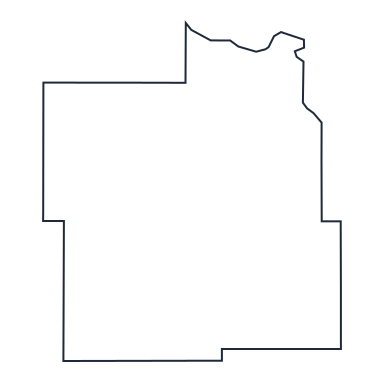 Dunn, North Dakota, United States of America (Equal Earth projection)
{"feature_id": "52423323B13029471752961", "entity_name": "Dunn", "entity_type": "district", "adm_level": 2, "iso_a3": "USA", "parent_name": "United States of America", "parent_adm1": "North Dakota", "projection": "equal_earth", "projection_center": [-102.465, 47.402], "detail": "fine", "context": "isolated", "style": "outline", "palette": "slate", "viewbox_px": 384, "rotation_deg": 0, "n_neighbors": 0, "source": "geoboundaries", "source_scale": "gbopen_adm2", "svg_char_len": 512}
<svg xmlns="http://www.w3.org/2000/svg" viewBox="0 0 384 384"><path d="M340.9,349.0L340.9,290.4L340.7,221.3L321.7,221.3L321.5,160.5L321.6,122.6L313.5,113.1L307.1,108.4L302.9,102.7L303.5,61.6L296.7,56.9L294.8,51.3L304.1,47.6L303.9,39.7L281.0,32.1L274.0,36.2L268.6,47.1L265.4,49.3L256.2,51.7L238.3,46.5L230.2,40.5L210.7,40.4L191.3,29.9L185.8,23.0L185.5,82.8L141.6,82.7L43.4,82.6L43.2,212.3L43.1,221.0L63.9,221.0L63.4,361.0L221.9,360.7L221.9,349.0L340.9,349.0Z" fill="none" stroke="#1e293b" stroke-width="2"/></svg>